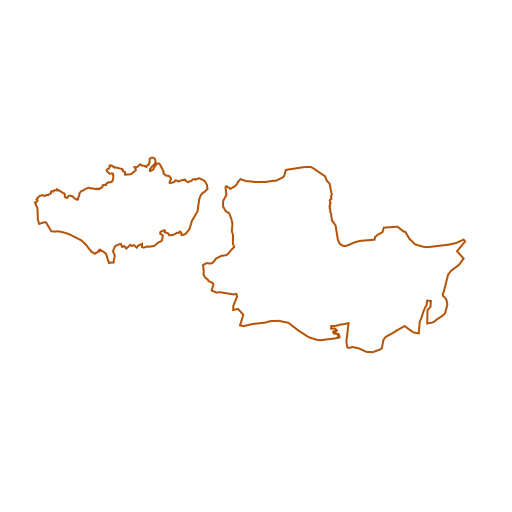 Wasagu-Danko, Kebbi, Nigeria, rotated 350°
{"feature_id": "59680162B4050907661224", "entity_name": "Wasagu-Danko", "entity_type": "district", "adm_level": 2, "iso_a3": "NGA", "parent_name": "Nigeria", "parent_adm1": "Kebbi", "projection": "orthographic", "projection_center": [5.394, 11.45], "detail": "fine", "context": "isolated", "style": "outline", "palette": "amber", "viewbox_px": 512, "rotation_deg": 350, "n_neighbors": 0, "source": "geoboundaries", "source_scale": "gbopen_adm2", "svg_char_len": 6094}
<svg xmlns="http://www.w3.org/2000/svg" viewBox="0 0 512 512"><g transform="rotate(350 256 256)"><path d="M354.1,371.0L362.1,369.6L363.9,368.7L366.9,360.8L369.6,358.2L376.8,355.8L383.3,353.2L390.2,350.8L397.7,358.6L402.8,360.5L405.8,349.2L408.1,345.9L411.1,340.0L413.4,336.4L415.6,333.7L415.9,332.2L416.9,329.7L420.4,330.6L419.1,336.2L415.5,339.1L412.9,352.2L417.9,352.1L420.3,351.6L422.6,350.1L428.9,347.4L432.3,345.2L436.0,337.1L436.0,332.8L435.7,331.6L435.2,330.5L433.3,327.8L433.2,326.8L433.5,325.4L434.4,324.4L442.0,307.6L445.9,304.2L454.2,300.1L460.0,294.6L454.8,286.2L464.5,278.0L463.3,275.9L455.7,277.9L448.0,278.3L427.7,277.2L423.5,276.5L414.7,272.2L410.1,265.7L407.2,258.1L405.7,257.6L400.4,251.7L386.8,250.3L384.6,254.6L379.7,256.1L376.5,258.1L375.6,260.5L361.4,259.2L356.6,259.5L346.2,261.8L343.3,261.0L341.6,259.5L340.4,258.0L339.4,253.8L339.7,239.8L337.0,234.1L337.2,227.0L336.8,225.1L336.9,223.8L337.3,223.3L337.1,222.0L336.8,221.5L337.2,220.4L337.5,220.2L337.2,219.2L337.7,218.7L337.9,217.7L338.6,217.1L338.2,214.3L338.6,213.6L340.2,212.8L340.3,210.5L340.6,209.6L341.0,209.3L341.3,208.6L341.0,197.5L338.9,194.3L337.9,189.6L327.5,179.4L325.1,177.7L318.7,176.8L300.4,176.4L297.5,182.2L295.8,183.3L288.8,185.3L285.5,184.9L278.8,184.8L267.5,182.9L264.7,181.9L259.4,180.6L254.1,177.6L250.8,180.2L250.0,181.6L248.4,182.9L246.8,183.9L242.2,185.4L241.6,184.4L240.3,183.6L239.8,182.6L239.1,182.2L238.2,182.3L237.7,184.2L237.8,185.7L237.4,191.0L233.4,195.7L232.8,197.9L232.2,201.6L233.9,206.5L237.0,209.3L238.1,214.6L238.4,220.3L236.5,227.2L237.0,231.6L235.4,239.6L236.0,243.4L232.2,246.1L229.9,248.2L227.1,250.0L221.7,249.9L215.9,251.7L214.4,253.5L211.8,255.3L209.3,255.5L206.5,254.4L202.3,255.6L201.8,263.0L201.0,264.8L202.0,268.2L204.5,271.0L204.8,272.3L208.7,275.1L209.1,276.8L206.3,282.3L210.6,285.1L214.1,285.4L227.1,289.9L230.0,290.0L230.4,292.5L224.9,301.4L224.2,305.2L229.1,305.0L233.3,311.7L228.2,321.6L231.6,322.9L240.9,322.4L253.4,323.2L258.7,322.6L267.2,323.8L276.3,327.4L284.8,336.7L293.6,345.0L301.1,349.0L304.6,350.1L319.8,350.9L324.1,350.7L324.2,349.5L322.7,349.6L322.9,348.5L323.8,348.5L323.8,347.2L319.6,346.1L318.7,344.8L318.8,344.0L319.8,343.6L320.4,343.5L320.6,344.7L321.4,344.6L322.8,343.3L321.0,341.1L317.3,340.6L318.0,338.0L320.8,338.6L322.0,338.6L323.6,338.6L326.2,338.2L329.3,338.4L335.5,338.2L330.2,355.8L330.0,361.6L331.2,362.7L335.3,362.4L341.1,364.8L348.2,369.6L354.1,371.0ZM49.8,162.0L50.5,163.3L49.0,164.8L47.6,164.9L49.1,171.1L47.5,182.1L48.0,186.7L53.8,186.0L55.0,186.4L58.7,196.1L62.5,197.1L64.9,197.2L68.6,198.5L73.1,200.6L75.8,202.1L86.5,210.1L89.1,213.3L91.5,217.1L92.6,219.6L93.9,221.5L94.7,223.5L96.2,224.3L97.2,225.5L97.7,225.8L98.0,225.4L100.3,225.0L101.3,223.9L102.3,224.2L102.3,223.2L102.7,222.8L103.2,222.9L103.8,222.6L104.1,222.9L104.4,224.1L105.7,224.6L108.0,226.9L108.7,228.1L110.0,237.4L110.9,237.5L112.1,237.2L113.4,237.6L114.8,237.7L115.1,235.6L117.0,231.5L116.0,226.3L118.4,222.6L119.3,221.7L123.6,220.7L124.9,220.6L125.7,223.8L126.7,223.7L127.5,223.2L128.1,223.6L128.4,224.2L128.8,224.4L129.3,226.1L129.5,226.2L134.1,223.2L135.5,224.6L137.7,224.1L140.0,227.1L142.0,225.2L145.9,224.3L145.3,227.4L146.7,228.2L149.6,228.0L150.9,227.6L152.2,228.4L153.7,228.2L155.1,228.5L156.1,228.3L157.3,228.5L161.0,226.5L162.0,225.7L165.4,224.9L166.3,224.1L166.8,222.0L167.5,221.1L167.7,219.4L165.5,217.4L166.1,215.7L169.7,214.7L170.7,215.1L170.2,216.7L173.4,218.5L173.9,219.2L173.7,219.8L174.0,220.4L175.9,220.8L178.7,220.7L182.6,219.3L184.0,219.9L184.8,219.4L185.5,219.3L185.5,218.8L185.8,218.9L186.6,220.7L186.3,222.4L188.2,222.5L190.3,222.2L195.2,217.9L199.0,210.3L206.2,201.8L209.9,190.3L212.3,186.4L214.6,184.5L216.6,183.9L220.0,181.4L219.8,179.7L220.1,177.6L218.8,174.1L218.1,172.8L213.5,169.5L211.1,169.9L210.1,169.8L209.7,170.2L209.5,169.9L207.6,169.5L206.8,169.7L206.1,170.4L204.5,171.0L202.8,171.1L202.0,171.5L200.7,170.7L199.3,168.4L198.9,168.4L198.4,168.8L197.9,168.5L196.6,168.6L195.5,168.4L192.4,169.2L191.5,168.2L190.1,167.6L189.1,167.8L188.7,168.6L187.9,169.0L183.9,169.3L183.6,169.0L184.2,167.2L185.6,165.8L185.8,165.0L185.3,164.2L184.8,162.5L180.9,160.9L180.6,160.2L179.5,159.2L179.3,158.6L179.5,157.4L179.3,156.9L179.5,155.9L178.9,154.7L178.9,153.6L178.4,152.9L177.4,149.5L176.7,148.2L176.2,147.9L173.8,147.9L173.4,148.5L173.4,149.0L172.1,149.9L169.8,152.9L167.5,153.8L166.6,154.0L166.3,153.9L166.6,152.1L169.4,149.7L171.8,148.2L173.3,146.3L173.5,144.0L173.3,143.1L172.7,142.0L171.5,141.3L170.7,141.0L168.4,141.6L168.0,142.0L167.5,145.3L167.3,145.4L166.7,146.5L166.2,147.0L166.2,147.4L165.2,147.6L164.7,148.2L164.1,148.5L163.6,149.2L163.1,149.2L162.6,148.3L162.2,148.1L159.1,147.0L158.9,146.5L157.9,145.6L157.1,145.9L155.7,147.2L153.7,147.8L151.7,147.5L152.7,149.9L152.4,150.7L147.2,153.7L144.2,153.5L142.7,153.2L142.3,153.4L141.1,153.1L141.5,150.4L139.7,149.5L139.3,148.8L139.6,148.3L139.7,147.6L139.4,147.2L133.2,144.4L132.4,144.5L131.7,144.2L131.3,143.8L131.4,143.4L130.8,142.8L130.1,142.7L129.8,142.2L129.0,141.6L128.2,141.4L127.5,141.4L127.3,143.0L126.3,144.4L125.0,144.5L123.7,145.6L124.2,147.0L125.9,149.3L126.3,149.6L127.8,149.6L129.1,149.8L129.4,150.2L129.2,151.1L129.5,152.4L128.8,154.5L128.8,155.0L127.3,157.6L125.0,158.3L124.3,157.8L122.9,157.9L122.5,158.4L122.2,158.3L121.2,158.7L120.8,159.9L120.5,160.1L118.7,159.5L118.0,159.8L117.6,159.7L117.0,160.0L116.7,161.5L115.2,162.2L114.4,162.3L114.1,162.1L113.4,162.2L113.1,162.9L112.5,162.6L111.6,162.7L110.9,162.0L110.1,162.4L106.0,160.8L104.7,160.7L104.3,160.2L102.9,159.7L100.2,160.2L96.9,161.5L95.8,161.5L94.8,162.0L93.5,163.3L93.1,163.4L92.7,164.1L92.5,165.7L90.5,168.5L90.6,169.4L89.7,169.6L87.7,168.1L86.4,166.6L86.0,165.6L83.6,164.4L82.8,164.1L81.6,164.5L80.9,165.2L80.4,165.4L80.3,165.8L79.1,165.7L78.6,164.9L78.0,164.6L78.1,163.1L78.5,162.0L78.1,161.1L77.4,160.9L76.6,160.2L73.9,157.5L72.4,157.1L72.0,155.8L71.5,155.7L71.0,156.7L69.3,156.3L68.4,156.6L67.6,157.4L66.6,156.7L65.8,156.8L65.2,157.2L64.9,158.7L61.7,159.9L60.5,159.5L58.0,160.3L57.3,159.4L56.1,159.0L53.6,159.2L51.1,160.6L50.8,161.5L49.8,162.0Z" fill="none" stroke="#b45309" stroke-width="2"/></g></svg>